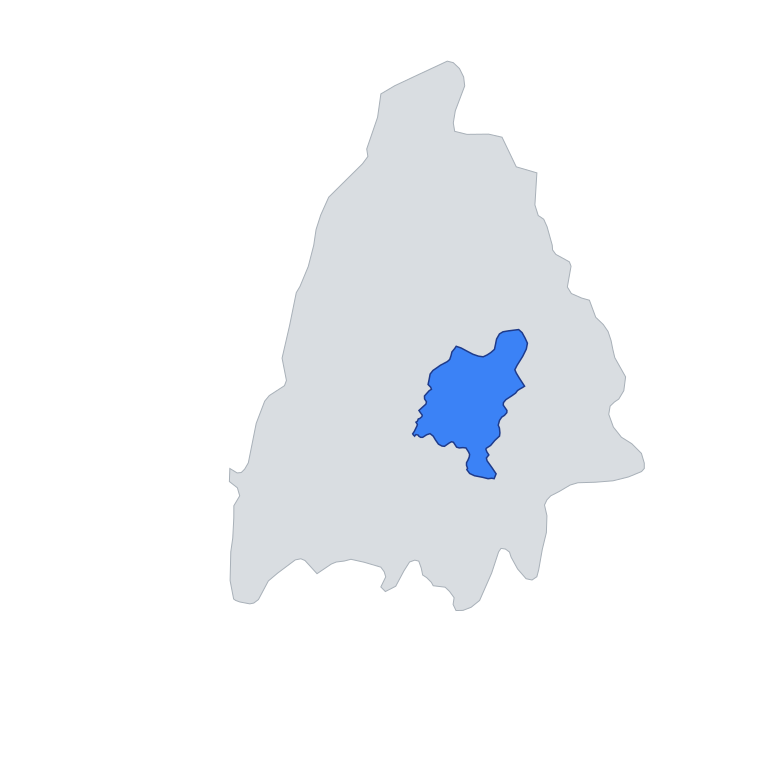 location of Zenica-Doboj within Bosnia and Herzegovina, rotated 57°
{"feature_id": "BIH-2889", "entity_name": "Zenica-Doboj", "entity_type": "Canton", "adm_level": 1, "iso_a3": "BIH", "parent_name": "Bosnia and Herzegovina", "parent_adm1": "", "projection": "albers", "projection_center": [18.196, 44.316], "detail": "fine", "context": "in_parent", "style": "filled", "palette": "blue", "viewbox_px": 768, "rotation_deg": 57, "n_neighbors": 0, "source": "natural_earth", "source_scale": "10m", "svg_char_len": 3496}
<svg xmlns="http://www.w3.org/2000/svg" viewBox="0 0 768 768"><g transform="rotate(57 384 384)"><path d="M596.6,211.7L597.7,215.7L595.1,229.6L589.9,244.7L581.4,260.4L572.4,275.2L570.1,283.0L569.6,295.3L568.6,305.1L569.9,310.4L572.9,315.3L583.2,319.1L597.0,328.7L608.9,341.3L624.1,355.5L628.9,360.8L629.0,366.6L624.7,370.9L611.9,372.7L598.4,371.7L593.3,370.3L588.5,372.1L585.6,375.4L587.2,379.3L601.2,396.7L617.6,421.7L618.7,432.5L616.9,441.0L613.2,447.0L606.5,446.1L601.4,441.6L593.7,442.0L587.7,443.4L580.0,452.6L576.2,452.3L569.5,453.7L565.3,455.6L558.6,453.0L551.5,451.3L548.5,454.1L547.2,459.5L551.6,469.1L560.0,484.3L558.8,495.9L552.5,497.2L546.7,487.6L541.6,486.1L535.9,486.4L522.7,497.7L513.0,507.2L510.8,513.8L507.3,521.0L506.3,526.2L506.6,543.5L489.0,546.4L485.3,548.9L483.2,554.2L484.7,576.4L486.2,588.3L496.4,606.7L496.8,612.5L495.3,616.3L488.2,623.7L484.7,626.3L482.4,627.2L470.6,622.4L465.0,620.1L441.3,603.9L430.9,594.8L414.5,582.9L404.3,576.2L399.2,565.9L391.2,563.5L381.6,566.8L370.9,559.3L378.6,555.6L380.5,551.9L379.5,547.2L376.2,540.7L347.4,512.6L333.4,493.4L331.2,486.5L331.2,468.4L327.9,463.9L306.8,455.4L283.6,431.4L259.6,407.8L256.4,401.3L244.2,383.5L229.3,367.3L217.4,356.8L207.8,345.0L197.2,328.6L192.1,304.0L187.6,282.1L184.4,273.6L177.5,270.5L156.8,244.1L139.0,228.6L139.7,212.4L143.4,185.6L147.7,155.1L152.2,150.9L160.5,148.9L169.9,150.0L178.0,154.0L193.7,175.4L202.8,183.7L210.6,187.1L219.8,178.5L231.4,160.2L241.3,150.6L273.9,154.8L290.2,140.8L316.0,159.9L326.7,162.9L332.8,160.3L341.0,161.6L359.2,167.3L363.4,169.6L368.9,169.3L382.5,162.0L387.1,163.0L402.5,177.4L410.2,177.6L419.6,171.4L425.6,166.1L443.4,170.1L453.6,167.7L462.0,167.5L471.2,169.9L479.5,173.2L487.6,176.1L509.6,177.5L520.2,186.5L524.5,195.3L524.6,200.6L525.7,206.4L531.8,212.0L545.1,215.1L553.4,214.3L557.9,213.9L569.1,208.7L582.4,205.9L592.1,208.8L596.6,211.7Z" fill="#d9dde1" stroke="#a8b0b8" stroke-width="1"/><path d="M391.7,302.9L395.8,299.7L402.2,296.2L407.5,293.2L412.1,289.6L415.2,286.0L415.8,281.7L415.8,277.3L415.1,272.5L412.0,269.4L407.6,265.1L404.9,259.9L405.0,255.8L407.2,250.7L411.7,241.4L416.1,240.2L422.6,240.7L427.9,241.5L432.2,245.6L436.4,252.7L440.8,262.2L443.3,266.5L446.8,267.1L452.6,267.3L462.4,267.3L462.4,269.6L462.2,273.0L462.2,275.6L463.3,278.6L463.5,283.0L463.5,286.6L463.5,290.3L464.7,294.0L466.7,295.5L473.1,295.3L474.9,296.6L475.9,300.0L475.9,303.3L477.4,306.9L480.7,310.6L483.8,311.2L488.1,313.4L490.6,315.5L491.7,321.8L493.6,328.0L493.6,333.2L494.2,334.1L497.0,334.7L500.6,334.7L501.8,338.4L504.5,339.4L513.3,339.0L520.4,338.9L523.4,343.2L521.7,345.0L520.1,348.3L515.9,352.2L510.2,358.1L505.7,360.9L500.9,361.2L500.2,359.8L497.1,359.1L494.9,357.6L493.7,355.3L491.6,352.2L489.6,350.5L487.0,350.1L484.8,350.1L482.2,350.1L481.7,350.8L480.3,352.5L478.6,355.7L476.5,357.5L474.0,357.5L470.7,357.5L469.2,358.8L469.0,361.4L469.2,367.2L467.6,369.2L464.1,371.1L458.9,371.3L454.6,371.1L450.7,372.4L449.8,375.9L449.8,380.6L448.7,382.3L446.8,383.2L445.4,383.2L443.8,384.7L444.2,386.4L444.4,386.7L442.9,387.1L441.4,387.1L440.3,384.5L437.2,379.3L436.1,378.0L435.0,378.0L433.4,378.0L433.4,376.3L432.0,374.3L432.4,372.6L432.0,370.0L431.0,368.9L427.2,369.1L425.2,369.1L424.3,363.7L423.7,359.8L422.1,358.1L420.7,358.1L418.6,358.1L416.1,356.6L415.3,353.8L414.2,349.7L414.3,347.1L412.1,346.6L408.4,347.3L405.1,344.0L400.8,339.9L399.3,335.6L399.0,326.3L399.7,318.7L399.2,315.5L396.6,312.2L394.1,309.6L392.8,305.5L391.7,302.9Z" fill="#3b82f6" stroke="#1e3a8a" stroke-width="1.5"/></g></svg>